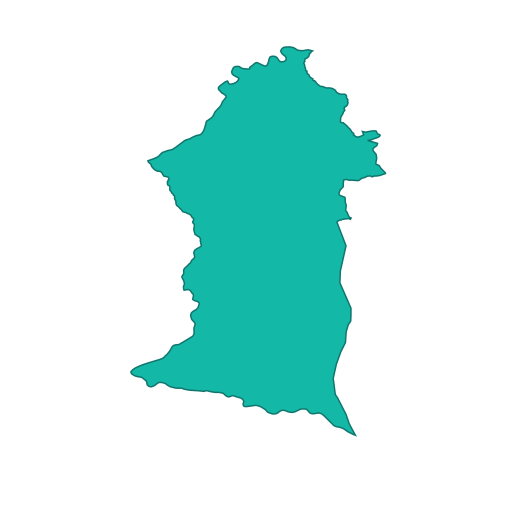 Porto dos Gaúchos, Mato Grosso, Brazil (Equal Earth projection), rotated 77°
{"feature_id": "56859067B32665720516064", "entity_name": "Porto dos Gaúchos", "entity_type": "district", "adm_level": 2, "iso_a3": "BRA", "parent_name": "Brazil", "parent_adm1": "Mato Grosso", "projection": "equal_earth", "projection_center": [-56.839, -11.773], "detail": "fine", "context": "isolated", "style": "filled", "palette": "teal", "viewbox_px": 512, "rotation_deg": 77, "n_neighbors": 0, "source": "geoboundaries", "source_scale": "gbopen_adm2", "svg_char_len": 6064}
<svg xmlns="http://www.w3.org/2000/svg" viewBox="0 0 512 512"><g transform="rotate(77 256 256)"><path d="M453.0,199.5L440.5,202.9L430.7,203.9L412.8,208.4L408.7,209.9L392.6,208.3L379.6,202.1L368.4,194.9L360.4,188.3L350.2,185.2L343.8,181.6L340.8,178.4L336.2,177.1L328.3,175.2L301.0,180.3L289.4,177.1L266.3,166.0L241.4,169.5L240.7,169.0L239.9,166.7L240.1,164.6L239.7,163.7L240.3,157.5L241.5,155.7L240.3,154.8L239.6,155.9L238.8,156.4L237.3,156.9L234.0,157.4L231.7,158.4L227.2,156.7L223.2,156.9L219.6,156.1L218.6,156.4L216.2,160.1L215.1,161.1L213.9,161.1L213.1,160.8L210.8,159.3L208.0,155.3L204.1,154.5L203.5,154.0L201.8,153.7L201.6,152.3L201.8,150.5L203.0,148.5L203.8,145.1L205.5,139.7L205.4,138.3L204.0,135.3L204.0,132.4L203.3,129.8L203.6,127.0L204.1,126.1L204.9,125.3L204.9,123.9L204.6,122.6L205.1,121.2L205.4,117.4L204.8,111.3L203.8,111.4L198.6,114.6L195.7,115.6L195.0,116.2L194.0,118.0L193.1,118.5L191.3,117.9L187.9,116.4L184.0,116.1L179.8,118.2L178.8,118.2L177.4,117.5L175.6,113.4L173.6,112.2L168.5,121.3L168.7,117.0L168.3,115.5L168.1,112.2L167.6,109.6L166.7,108.1L165.8,108.0L164.3,110.0L163.4,110.4L161.3,110.8L160.7,112.3L160.2,115.5L160.0,120.8L159.8,121.8L158.6,124.3L162.1,123.8L162.8,126.2L163.1,128.9L163.0,130.3L162.1,131.8L160.0,133.8L159.2,133.2L158.3,133.4L157.1,134.5L153.7,135.7L151.7,137.1L149.9,138.0L145.7,141.1L145.3,142.7L144.2,143.6L140.1,142.3L136.6,139.1L135.4,138.4L133.8,136.6L132.6,137.1L130.8,136.2L130.6,134.7L129.4,133.0L127.3,131.8L126.2,132.0L125.0,131.5L124.0,131.4L122.7,132.2L120.1,131.8L118.9,132.4L118.1,133.6L117.9,135.2L117.2,137.6L115.6,139.7L114.5,140.8L112.5,141.3L110.6,143.1L109.6,144.5L108.5,147.4L108.3,148.9L107.8,150.1L106.9,151.3L106.4,152.4L105.8,153.0L105.5,154.3L104.8,155.5L101.6,158.0L99.7,158.7L98.4,159.5L97.9,160.5L97.2,161.1L96.1,160.8L95.2,161.9L93.3,163.4L91.3,163.7L89.8,165.1L87.2,164.8L86.6,165.8L84.2,165.6L82.9,165.8L80.2,165.7L78.7,166.1L77.3,164.6L76.3,164.6L75.0,163.8L74.6,161.8L73.5,159.8L71.5,158.6L70.5,158.4L70.5,157.2L69.5,156.4L68.9,154.8L67.0,158.4L66.7,159.4L66.6,163.3L66.0,166.1L65.0,168.7L64.1,170.0L63.1,170.7L61.2,172.9L59.8,176.3L59.0,180.7L59.0,182.1L59.5,183.5L60.4,184.8L61.4,185.6L62.2,185.8L63.1,185.7L65.3,184.8L68.1,182.5L69.1,182.2L70.3,182.1L71.5,182.6L72.2,183.3L72.6,184.4L72.8,185.8L72.5,187.6L71.8,188.8L71.0,189.5L67.2,191.0L65.8,192.6L65.1,194.7L65.0,196.1L65.3,197.6L67.1,199.0L69.5,200.1L71.0,201.1L72.2,202.0L73.0,203.0L73.0,204.4L72.4,205.5L67.8,211.4L67.7,212.8L68.2,214.2L69.4,216.4L70.8,219.7L72.1,220.1L72.2,221.5L70.1,227.4L67.6,229.8L67.1,231.2L66.8,233.0L67.0,234.9L67.8,236.0L70.0,237.7L71.2,238.3L73.0,238.3L74.6,237.4L77.3,234.5L77.9,233.6L79.0,232.7L80.2,233.4L81.5,234.7L82.5,236.8L83.0,239.7L82.9,241.1L82.8,242.3L82.4,243.2L81.6,243.9L80.0,244.0L79.1,244.4L79.2,245.8L79.5,247.1L81.8,252.2L82.8,254.0L83.8,254.9L85.3,255.0L89.4,252.7L90.3,251.6L92.6,249.6L93.4,249.2L94.5,249.4L98.3,254.1L100.7,255.8L102.0,257.0L106.3,263.4L109.6,266.1L111.2,268.0L113.5,273.7L114.2,274.4L116.1,275.2L121.6,278.4L123.5,280.2L124.8,281.9L125.3,283.4L125.2,286.5L125.5,288.7L126.1,291.6L126.9,294.0L127.2,298.5L128.0,300.7L132.3,310.4L133.3,313.3L133.5,314.7L133.4,317.9L133.7,320.8L134.1,323.8L134.7,325.2L136.9,328.4L137.4,329.7L138.2,333.8L138.9,339.9L140.1,339.8L141.9,338.6L142.7,337.8L144.9,337.6L146.2,337.1L149.1,335.4L151.1,333.2L151.9,330.6L152.8,329.6L154.4,328.6L155.3,328.7L157.5,327.7L159.1,324.2L160.4,323.4L161.5,323.5L162.4,324.7L163.3,324.8L163.8,325.7L166.2,326.1L167.5,325.7L167.9,324.8L168.8,324.4L169.9,324.4L171.1,325.0L171.9,324.8L172.9,325.1L173.6,324.4L175.9,323.8L176.8,322.9L178.0,322.8L179.1,321.9L180.4,322.0L181.5,322.4L182.4,322.4L184.3,321.8L187.7,322.2L188.9,321.9L190.4,320.6L193.2,319.0L194.0,318.3L195.9,317.6L196.6,317.1L198.0,314.2L199.1,313.4L199.8,312.0L201.6,310.3L203.4,309.8L204.6,309.2L205.4,308.2L207.3,309.0L208.1,309.8L209.3,310.1L210.7,309.3L211.8,309.1L213.2,309.4L215.5,310.5L216.8,310.7L219.6,310.6L221.3,310.5L222.2,309.5L223.3,308.7L224.3,307.3L226.7,306.2L228.7,306.9L229.9,306.8L232.0,307.0L233.4,306.8L234.1,307.2L235.0,309.5L235.5,311.8L236.7,314.5L237.8,315.3L238.9,315.9L243.0,315.9L244.2,316.9L245.9,319.9L247.0,320.5L248.3,321.9L248.8,323.3L249.7,324.4L252.1,328.6L253.7,329.8L255.5,330.0L257.1,330.6L259.3,332.8L260.3,332.9L263.9,332.0L266.4,331.9L267.6,332.3L269.6,333.6L271.3,333.9L273.1,333.8L273.4,329.7L273.9,328.8L275.0,327.7L277.5,326.8L279.1,325.8L280.7,325.9L283.8,327.4L284.7,327.0L285.6,326.1L287.1,323.3L288.9,322.0L290.0,322.1L293.3,324.2L294.6,326.0L295.7,329.6L296.3,330.8L297.1,331.9L298.6,332.9L299.6,333.1L302.8,333.0L304.4,332.4L307.1,330.7L308.8,330.6L312.3,332.7L317.3,333.7L318.7,334.5L319.7,335.4L320.3,336.7L324.9,350.9L324.5,354.5L324.6,356.4L325.3,357.8L329.2,361.5L330.8,363.4L332.2,365.3L332.8,366.6L334.1,368.6L334.7,369.9L335.2,373.3L335.9,384.7L336.5,390.9L337.1,394.9L337.9,398.5L338.9,401.3L340.6,403.9L341.9,404.0L343.2,403.4L345.5,401.0L346.6,399.1L348.4,395.0L349.0,394.2L352.9,391.2L354.0,390.9L357.1,391.0L358.6,389.9L359.3,389.0L359.9,387.6L359.7,385.3L359.0,383.0L357.8,380.7L357.5,379.2L357.6,377.8L358.3,375.7L359.4,373.7L360.4,372.5L361.7,371.6L364.0,369.1L366.5,364.3L367.1,362.3L368.0,358.5L368.6,357.2L369.3,356.5L370.9,353.1L372.1,350.0L374.3,342.5L376.2,337.1L376.0,335.2L376.4,333.7L378.0,330.7L379.7,326.5L380.7,322.3L382.4,318.8L385.4,316.8L386.5,315.6L387.0,314.6L387.2,313.6L386.9,311.5L386.8,309.8L388.6,307.1L391.0,302.7L391.6,302.0L393.9,300.7L395.3,300.7L397.1,301.8L398.1,302.0L399.6,301.6L400.3,300.4L400.7,298.2L401.4,290.1L402.1,288.2L404.0,285.2L407.1,282.1L408.2,281.2L410.2,280.2L411.3,279.2L413.4,275.8L413.9,274.4L414.2,272.2L413.7,269.7L412.7,268.0L412.3,266.1L412.4,264.3L413.0,262.7L415.2,259.5L416.4,256.5L416.6,254.9L416.6,253.2L415.4,247.8L415.3,246.2L415.5,244.9L416.4,241.9L417.2,240.9L420.9,238.9L421.7,238.0L422.4,236.5L422.7,235.0L423.0,230.4L424.0,228.3L424.7,227.4L427.2,225.5L438.8,218.2L440.2,216.4L441.7,213.0L443.7,209.8L447.9,206.0L451.7,201.4L453.0,199.5Z" fill="#14b8a6" stroke="#0f766e" stroke-width="1.5"/></g></svg>